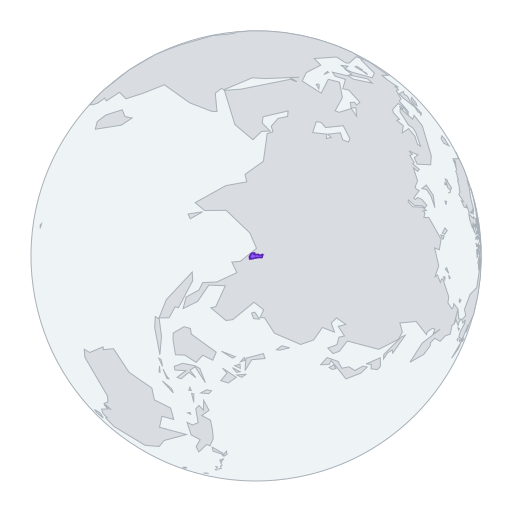 globe centered on Chin, rotated 82°
{"feature_id": "MMR-3274", "entity_name": "Chin", "entity_type": "State", "adm_level": 1, "iso_a3": "MMR", "parent_name": "Myanmar", "parent_adm1": "", "projection": "orthographic", "projection_center": [93.495, 22.37], "detail": "fine", "context": "on_globe", "style": "filled", "palette": "violet", "viewbox_px": 512, "rotation_deg": 82, "n_neighbors": 0, "source": "natural_earth", "source_scale": "10m", "svg_char_len": 12328}
<svg xmlns="http://www.w3.org/2000/svg" viewBox="0 0 512 512"><g transform="rotate(82 256 256)"><circle cx="256" cy="256" r="225" fill="#eef3f6" stroke="#a8b0b8"/><path d="M344.3,48.7L351.5,53.5L360.9,58.7L353.4,55.3L375.8,68.4L384.4,76.5L370.4,65.4L365.7,62.8L369.4,66.9L365.3,65.2L364.8,66.5L359.6,64.4L351.9,58.9L348.4,57.6L351.2,60.6L347.8,61.0L344.2,56.6L337.9,57.0L323.7,49.3L318.1,41.8L306.0,38.2L289.0,33.2L286.3,33.0L278.1,31.8L271.9,31.3L270.6,31.2L289.5,33.2L308.2,36.8L326.5,42.0L344.3,48.7ZM270.4,31.2L266.8,31.1L269.3,31.4L268.5,31.6L265.1,31.5L262.7,31.1L264.0,31.0L261.6,30.9L261.8,30.8L259.8,30.8L257.8,30.7L270.4,31.2ZM256.9,30.7L254.7,30.9L248.5,30.9L248.3,30.9L256.9,30.7ZM368.5,63.2L366.0,61.2L369.8,63.8L368.5,63.2ZM365.6,67.1L367.6,68.3L366.5,68.5L365.6,67.1ZM357.6,65.7L355.2,66.0L356.3,64.7L357.6,65.7ZM352.9,65.5L347.2,66.8L351.1,69.4L336.7,63.4L346.4,63.9L347.1,61.7L349.4,64.1L352.9,65.5ZM271.5,31.5L268.8,31.2L274.2,31.6L271.5,31.5ZM275.2,31.8L293.2,34.1L295.6,35.1L289.1,33.9L294.7,35.6L287.0,34.8L282.2,33.8L282.2,33.2L279.3,33.4L275.2,31.8ZM329.7,60.2L327.1,60.0L328.3,59.2L329.7,60.2ZM268.6,31.7L272.0,31.9L274.3,32.6L267.9,32.4L269.2,32.2L268.6,31.7ZM299.9,36.6L300.5,37.4L294.5,36.9L293.9,37.3L287.1,35.0L299.9,36.6ZM266.9,32.0L264.6,32.4L260.4,32.1L265.4,31.6L266.9,32.0ZM277.6,33.0L278.4,33.4L275.9,33.1L277.6,33.0ZM244.2,32.1L248.2,31.8L249.7,32.1L244.2,32.1ZM264.0,32.6L265.4,32.7L266.5,32.9L264.1,33.1L264.0,32.6ZM283.3,35.0L280.6,34.8L285.8,35.9L281.5,35.9L277.7,34.5L277.5,35.1L276.2,35.2L274.6,34.0L283.3,35.0ZM264.9,34.1L258.6,32.9L250.8,33.1L249.2,32.7L262.1,32.6L264.9,34.1ZM270.7,34.1L266.8,34.0L266.8,33.4L269.5,33.1L270.7,34.1ZM279.9,36.6L287.5,36.8L288.0,37.2L279.9,36.6ZM262.6,34.2L264.2,34.6L262.1,34.3L262.6,34.2ZM274.6,35.9L277.2,35.8L277.8,36.2L274.6,35.9ZM265.1,35.4L263.1,34.9L264.9,34.6L265.1,35.4ZM269.5,35.7L269.6,36.2L266.7,34.8L270.5,35.6L269.5,35.7ZM274.7,36.2L275.9,36.4L273.5,36.2L274.7,36.2ZM259.5,37.1L255.5,35.4L259.4,34.6L262.8,36.3L259.5,37.1ZM67.7,132.3L75.7,122.9L72.7,129.1L77.9,136.8L77.4,140.0L70.1,148.6L68.6,170.9L76.0,165.3L81.4,180.7L89.2,185.9L103.8,168.8L91.1,159.8L95.5,149.1L111.1,148.4L123.2,157.4L125.3,153.7L123.2,141.1L131.7,136.9L123.2,136.4L122.4,141.2L117.1,141.3L117.4,137.0L120.4,135.5L118.4,131.7L104.7,140.9L102.4,146.8L93.6,142.8L89.0,152.6L84.6,154.8L90.6,139.3L94.4,135.0L101.0,116.8L96.2,120.8L89.7,138.6L89.2,136.0L82.7,142.5L87.3,135.5L95.7,116.1L91.4,113.3L76.2,124.8L75.8,123.0L80.0,116.3L95.5,99.9L94.6,106.0L100.1,101.2L108.7,91.6L107.7,94.6L111.2,91.7L111.7,94.0L120.7,90.5L122.5,92.6L134.1,85.2L136.6,85.5L129.0,89.6L124.7,94.0L130.1,100.4L133.5,99.9L140.7,94.8L141.2,97.7L147.5,92.0L154.5,94.1L151.1,87.1L159.4,82.0L168.0,80.5L170.1,77.8L156.1,80.5L151.0,82.9L147.6,86.7L133.3,93.3L129.7,92.6L142.4,81.8L138.7,79.9L150.2,73.2L181.2,68.5L190.0,70.3L187.5,83.6L180.8,85.6L178.4,81.6L173.2,89.9L177.2,87.0L177.7,89.7L185.7,86.3L186.5,88.1L192.9,82.2L194.7,84.1L190.6,87.8L204.0,85.5L209.9,88.9L212.6,87.6L213.8,85.2L220.5,91.7L222.2,90.5L220.6,87.8L223.0,83.9L229.7,79.7L231.7,82.1L229.5,84.0L227.9,92.0L221.8,97.1L223.3,97.8L229.0,94.0L231.0,84.1L234.5,80.9L234.6,85.3L234.8,83.4L237.2,82.7L241.3,84.4L241.8,79.6L265.0,70.4L275.4,73.6L272.8,78.0L291.2,76.4L301.4,81.6L300.0,78.9L307.8,77.2L304.7,75.5L304.6,74.2L323.2,70.8L329.1,72.5L335.5,69.4L334.7,68.2L330.7,66.7L336.7,63.4L351.1,69.4L352.1,71.7L360.4,74.5L361.4,79.6L366.1,85.6L362.3,90.5L366.3,95.4L369.2,96.0L376.8,103.6L382.6,118.3L365.4,103.5L354.2,84.0L357.7,91.3L353.2,89.1L352.2,91.5L355.0,97.1L357.6,98.1L343.1,106.5L342.4,122.9L351.5,121.6L358.3,126.5L365.5,147.4L352.9,177.4L362.0,186.8L363.3,193.3L357.2,197.7L355.1,188.2L347.9,185.1L347.6,179.5L337.1,184.3L336.3,176.6L328.5,184.8L332.8,190.8L342.3,188.9L336.0,200.2L347.2,210.7L349.8,224.1L335.1,248.4L318.3,256.2L317.6,260.5L310.3,255.9L301.5,264.4L315.8,287.9L315.7,294.7L301.0,307.9L300.6,302.9L281.2,290.5L278.2,306.8L292.9,320.1L297.9,335.5L286.9,330.8L281.7,317.2L274.9,312.4L276.3,298.4L269.8,277.2L258.6,280.8L259.1,272.3L248.5,254.4L232.2,258.9L206.6,279.2L203.8,300.5L194.7,308.8L182.1,276.1L181.3,254.8L173.7,255.5L163.2,235.5L136.4,227.9L135.3,221.9L129.7,222.9L122.8,215.0L122.2,205.3L116.8,204.0L119.1,229.7L125.3,231.3L134.2,224.6L133.4,233.2L140.4,242.9L122.9,258.6L87.6,264.2L88.7,247.7L85.8,197.1L88.5,192.9L88.7,192.3L88.9,191.3L83.9,197.8L85.0,188.3L81.6,221.7L79.0,234.9L87.0,264.9L85.1,266.7L89.1,273.7L107.5,274.5L106.6,279.7L95.1,300.3L73.7,322.9L79.2,345.6L82.2,362.9L74.9,368.4L81.6,382.6L78.6,384.0L82.5,391.3L83.5,396.5L83.1,399.3L76.9,392.7L70.6,384.0L70.5,383.9L70.0,383.0L54.2,356.1L42.4,327.4L39.1,314.2L36.4,301.4L31.7,268.0L32.4,254.2L32.4,246.1L31.5,244.1L32.1,234.5L32.1,232.1L32.2,230.6L34.8,213.3L38.8,196.1L44.2,179.4L50.8,163.1L58.7,147.3L67.7,132.3ZM63.1,139.7L61.0,143.3L60.9,143.3L63.1,139.7ZM131.3,177.6L141.7,182.7L145.2,168.9L149.5,170.0L149.1,165.1L145.4,167.9L145.7,155.3L153.1,154.0L156.0,148.6L152.7,146.7L139.1,151.5L138.5,169.2L132.7,173.0L131.3,177.6ZM129.6,75.7L127.0,78.4L122.8,80.8L120.6,79.9L126.7,76.2L129.6,75.7ZM124.4,81.8L137.6,72.3L139.5,73.1L136.2,74.1L136.1,75.6L130.8,77.8L119.7,88.6L115.2,91.5L113.6,87.2L116.6,86.7L118.9,83.8L124.4,81.8ZM168.0,52.3L173.7,49.7L170.4,54.4L165.4,56.4L162.9,55.1L167.3,52.2L168.0,52.3ZM241.9,31.2L242.2,31.1L240.7,31.3L239.1,31.4L240.2,31.3L241.9,31.2ZM235.2,31.7L236.8,31.6L246.0,31.2L258.9,31.0L260.4,31.5L258.1,31.9L255.3,32.0L255.1,31.5L251.4,32.1L249.0,31.5L245.9,31.9L229.2,32.6L231.1,32.2L219.1,33.8L219.3,33.7L235.2,31.7ZM197.1,38.6L198.8,38.1L209.0,35.9L211.0,36.4L214.6,35.3L216.6,35.4L212.9,36.2L219.8,35.1L220.5,35.4L229.6,35.3L239.2,34.2L242.8,34.4L239.4,35.1L245.3,34.9L241.3,36.5L243.7,36.8L242.2,39.0L234.1,40.6L237.5,40.9L236.5,43.0L230.0,44.9L231.1,42.9L223.2,46.6L220.8,44.9L220.0,45.4L215.6,45.1L209.0,45.8L208.8,44.9L206.3,45.6L203.3,45.6L199.8,46.4L198.4,45.2L193.9,46.2L195.8,45.2L188.5,47.3L193.3,45.3L189.9,45.5L187.1,47.4L187.9,42.1L184.6,42.5L180.1,43.9L197.1,38.6ZM258.8,37.7L249.7,39.3L243.9,39.4L249.0,35.6L247.4,35.1L250.4,33.3L258.7,33.4L257.1,33.8L257.4,34.3L254.7,34.1L257.2,34.7L255.0,35.4L256.3,36.2L253.0,36.4L258.8,37.7ZM81.0,138.0L81.4,139.7L82.9,141.1L78.9,145.6L81.0,138.0ZM86.4,124.7L87.4,125.2L82.4,131.5L82.0,130.1L86.4,124.7ZM92.1,120.3L87.8,124.7L89.9,121.5L92.1,120.3ZM130.4,90.0L131.9,90.4L130.4,91.8L127.6,93.2L130.4,90.0ZM206.0,57.8L207.6,56.0L209.1,56.0L215.8,52.9L218.2,54.3L215.0,56.6L206.0,57.8ZM99.3,170.5L94.5,172.5L94.4,170.0L96.1,169.7L99.3,170.5ZM84.3,158.5L85.7,163.6L83.2,159.6L84.3,158.5ZM209.7,58.7L212.2,57.2L211.8,58.9L209.7,58.7ZM220.2,55.2L220.4,56.8L219.2,54.1L220.2,55.2ZM194.1,463.9L198.6,465.9L195.1,465.3L194.1,463.9ZM107.7,371.2L108.1,397.5L100.8,394.5L95.5,385.1L92.6,368.1L99.7,366.3L102.1,359.5L107.7,371.2ZM351.5,366.9L357.7,367.1L357.4,368.1L351.5,366.9ZM345.2,364.4L352.3,363.9L343.8,366.5L345.2,364.4ZM355.1,363.8L362.4,361.2L365.5,359.3L364.9,361.3L355.1,363.8ZM340.3,364.9L313.0,366.3L302.0,364.2L304.7,360.6L322.4,360.8L340.3,364.9ZM303.8,360.6L286.9,351.0L263.0,321.4L271.6,322.1L296.5,340.0L294.9,343.0L305.1,350.7L303.8,360.6ZM344.2,340.3L342.6,349.5L327.6,349.8L320.8,348.7L316.0,337.1L318.7,331.0L324.4,330.9L345.7,308.8L353.2,313.3L346.8,322.6L353.0,330.1L344.2,340.3ZM204.8,302.7L210.0,315.9L205.0,317.4L204.8,302.7ZM353.8,293.5L345.5,303.4L352.9,290.5L353.8,293.5ZM357.8,281.5L358.6,286.1L354.9,281.9L357.8,281.5ZM317.8,267.0L311.9,268.3L311.5,265.0L318.9,261.4L317.8,267.0ZM351.6,235.4L352.5,245.3L351.7,248.7L348.5,243.0L351.6,235.4ZM233.1,72.1L221.0,74.4L213.9,77.9L212.3,82.3L209.4,77.5L220.4,72.1L233.1,72.1ZM260.9,70.1L262.2,66.9L265.1,68.1L265.2,69.0L260.9,70.1ZM259.3,68.3L254.5,65.0L257.5,63.1L260.7,66.1L259.3,68.3ZM231.7,60.7L227.9,61.2L228.4,59.7L231.7,60.7ZM385.6,437.3L389.2,432.5L395.2,429.7L389.5,435.0L385.6,437.3ZM373.8,422.6L332.6,439.5L324.4,439.1L328.4,434.1L324.7,420.1L327.5,420.2L328.0,410.0L353.5,397.9L372.3,377.5L384.3,376.7L394.7,361.7L406.4,360.2L401.6,371.5L412.2,375.4L423.1,349.8L425.9,372.6L431.1,378.3L428.2,391.9L405.2,420.2L395.4,427.4L395.2,426.0L390.7,429.4L386.1,430.3L386.8,423.9L382.2,427.2L388.1,420.7L380.8,427.0L379.9,423.0L373.8,422.6ZM455.5,354.4L456.2,354.3L456.2,357.0L455.1,357.6L455.5,354.4ZM464.0,336.2L464.0,337.2L463.6,338.1L464.0,336.2ZM463.8,336.0L464.8,333.1L464.2,335.6L463.8,336.0ZM461.5,326.4L462.3,324.6L462.4,325.4L461.5,326.4ZM366.7,366.1L375.6,358.1L380.1,356.9L366.7,366.1ZM460.8,324.2L459.1,325.1L459.5,323.6L460.8,324.2ZM461.3,321.0L461.3,319.2L461.9,323.0L461.3,321.0ZM458.3,318.7L460.2,320.8L458.0,319.2L458.3,318.7ZM456.9,319.9L455.3,319.2L455.5,318.5L456.9,319.9ZM435.8,331.1L442.1,339.9L436.4,341.8L430.1,336.9L424.1,345.1L411.1,347.4L414.5,342.5L413.0,336.5L398.9,336.9L396.1,333.3L401.3,329.5L391.6,327.9L402.3,324.0L406.4,331.9L412.3,323.9L421.9,323.3L430.9,323.8L437.6,328.0L435.8,331.1ZM401.8,343.0L403.6,342.7L401.9,345.5L401.8,343.0ZM452.3,316.0L454.6,319.0L454.2,320.2L453.0,320.1L452.3,316.0ZM439.2,326.0L446.6,316.4L448.2,315.9L443.2,325.7L439.2,326.0ZM445.1,312.4L448.3,312.2L449.8,315.5L449.1,316.9L445.1,312.4ZM380.2,338.8L379.7,341.2L376.8,339.8L380.2,338.8ZM383.9,336.8L392.3,338.0L383.1,338.9L383.9,336.8ZM357.2,331.7L359.8,337.2L368.1,332.6L361.8,338.6L367.2,347.3L365.1,351.0L359.8,341.5L357.6,352.2L353.9,352.3L352.1,343.6L355.9,332.3L359.6,327.3L374.5,323.7L357.2,331.7ZM383.9,329.8L381.6,323.5L383.3,318.8L385.8,321.9L383.9,329.8ZM374.5,308.2L368.0,301.1L362.4,304.7L373.4,292.4L377.9,301.2L374.5,308.2ZM368.5,291.5L363.3,294.8L368.4,287.8L368.5,291.5ZM361.7,292.3L360.8,286.9L365.1,287.2L361.7,292.3ZM371.2,291.5L371.7,282.0L374.1,287.2L371.2,291.5ZM358.1,274.7L367.9,282.8L355.8,280.2L353.7,262.2L358.8,261.3L358.1,274.7ZM376.6,199.1L374.5,194.2L378.7,192.5L378.9,196.3L376.6,199.1ZM390.2,184.1L379.1,190.5L369.8,196.3L373.4,198.3L372.7,207.1L366.5,199.7L371.8,189.4L379.1,186.6L378.7,179.4L383.2,174.0L379.9,165.5L381.4,161.4L386.6,168.5L390.2,184.1ZM378.2,162.0L374.1,147.1L382.6,148.2L385.4,151.6L383.7,157.8L379.3,156.9L378.2,162.0ZM375.6,144.0L371.3,143.1L356.3,123.1L355.3,119.3L371.2,134.1L368.0,134.2L370.2,139.2L375.6,144.0ZM328.7,61.2L327.3,60.1L329.8,60.9L328.7,61.2ZM302.7,73.3L303.0,71.7L305.9,72.4L302.7,73.3ZM305.4,67.7L301.8,67.9L304.8,66.6L305.4,67.7ZM294.0,68.9L300.0,67.5L295.4,70.4L294.0,68.9Z" fill="#d9dde1" stroke="#a8b0b8" stroke-width="1"/><path d="M252.9,260.2L252.7,259.7L252.7,259.4L252.6,258.5L252.7,257.9L252.7,257.5L252.8,257.5L252.8,257.4L253.0,257.3L252.9,257.2L253.0,257.1L253.0,256.9L253.4,257.0L253.6,257.3L253.7,257.5L253.8,257.6L253.9,257.4L254.0,257.4L254.0,257.5L254.1,257.4L254.1,257.2L254.3,257.0L254.3,256.7L254.5,256.7L254.8,256.5L254.8,256.4L254.8,255.9L254.6,255.6L254.6,255.4L254.6,255.2L254.5,254.9L254.5,254.7L254.5,254.4L254.7,254.2L254.8,254.1L254.9,253.9L254.8,253.7L254.7,253.6L254.7,253.4L254.8,253.3L255.0,253.4L255.1,253.5L255.3,253.5L255.4,253.4L255.6,253.0L255.6,252.9L255.6,252.6L255.6,252.4L255.7,252.2L255.7,251.8L255.7,251.7L255.8,251.0L255.8,250.8L255.7,250.7L255.5,250.2L255.5,249.9L255.4,249.9L255.4,249.7L255.3,249.4L255.5,249.2L255.5,249.3L255.7,249.5L255.8,249.6L255.9,249.8L256.0,249.8L256.1,249.7L256.3,249.7L256.6,249.5L256.8,249.6L257.0,249.8L257.4,249.8L257.5,249.8L257.8,249.9L258.0,250.0L258.3,250.2L258.3,250.5L258.4,250.8L258.4,251.2L258.4,251.3L258.3,251.6L258.2,251.6L258.0,251.8L258.0,252.2L257.9,252.2L257.9,252.4L257.8,252.6L257.8,252.9L257.9,253.2L257.9,253.3L257.9,253.5L257.8,253.8L257.9,254.0L257.9,254.4L257.8,254.5L257.9,254.8L257.9,255.0L257.9,255.3L258.0,255.7L258.0,255.8L257.9,255.9L258.0,255.9L258.0,256.0L257.9,256.2L257.9,256.3L258.0,256.8L258.0,257.0L257.9,257.2L257.9,257.3L258.0,257.5L257.9,257.7L257.9,257.8L257.9,258.1L257.9,258.3L258.1,258.7L258.2,259.0L258.3,259.1L258.3,259.3L258.1,259.7L258.1,260.1L258.0,260.3L258.2,260.5L258.3,260.6L258.3,260.9L258.3,261.0L258.0,261.6L258.1,262.0L258.2,262.3L258.3,262.5L257.9,262.8L257.8,262.7L257.5,262.6L257.4,262.4L257.2,262.3L257.1,262.2L256.9,261.9L256.7,261.8L256.6,262.0L256.6,262.3L256.7,262.5L256.4,262.7L256.2,262.6L255.9,262.7L255.7,262.6L255.2,262.2L255.0,261.9L254.8,261.8L254.8,261.7L254.7,261.3L254.7,261.2L254.0,261.1L253.9,261.1L253.7,261.2L253.5,260.9L253.4,260.8L253.2,260.5L253.0,260.2L252.9,260.2Z" fill="#8b5cf6" stroke="#5b21b6" stroke-width="1.5"/></g></svg>